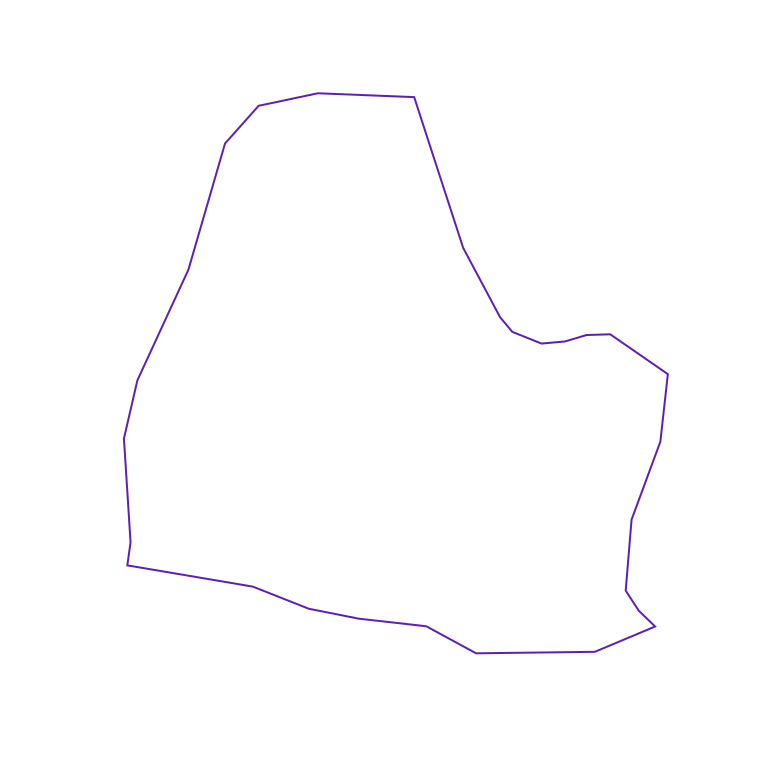 map outline of Rožaje (Natural Earth projection), rotated 261°
{"feature_id": "MNE-1501", "entity_name": "Rožaje", "entity_type": "Municipality", "adm_level": 1, "iso_a3": "MNE", "parent_name": "Montenegro", "parent_adm1": "", "projection": "natural_earth1", "projection_center": [20.185, 42.858], "detail": "fine", "context": "isolated", "style": "outline", "palette": "violet", "viewbox_px": 768, "rotation_deg": 261, "n_neighbors": 0, "source": "natural_earth", "source_scale": "10m", "svg_char_len": 537}
<svg xmlns="http://www.w3.org/2000/svg" viewBox="0 0 768 768"><g transform="rotate(261 384 384)"><path d="M662.6,458.7L611.9,466.7L506.0,483.5L431.8,509.1L415.4,518.9L399.3,545.9L397.7,569.3L400.7,591.6L397.7,615.2L349.3,665.9L283.7,647.9L211.3,607.3L142.1,590.4L120.3,600.1L102.1,613.8L101.8,612.7L86.5,550.3L103.6,432.8L138.1,387.8L156.2,322.2L173.8,274.5L204.4,222.7L245.0,102.1L267.2,108.9L370.8,118.6L426.2,141.0L527.5,208.7L646.4,264.6L678.4,303.7L681.5,364.2L662.6,458.7Z" fill="none" stroke="#5b21b6" stroke-width="2"/></g></svg>